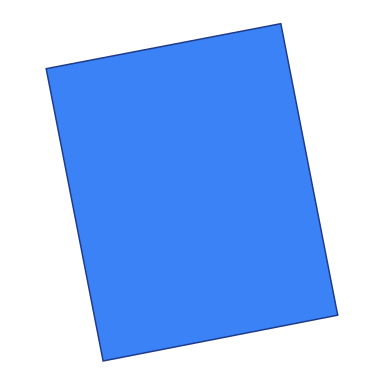 Arthur, Nebraska, United States of America (orthographic projection), rotated 79°
{"feature_id": "52423323B23601156295549", "entity_name": "Arthur", "entity_type": "district", "adm_level": 2, "iso_a3": "USA", "parent_name": "United States of America", "parent_adm1": "Nebraska", "projection": "orthographic", "projection_center": [-101.603, 41.569], "detail": "fine", "context": "isolated", "style": "filled", "palette": "blue", "viewbox_px": 384, "rotation_deg": 79, "n_neighbors": 0, "source": "geoboundaries", "source_scale": "gbopen_adm2", "svg_char_len": 236}
<svg xmlns="http://www.w3.org/2000/svg" viewBox="0 0 384 384"><g transform="rotate(79 192 192)"><path d="M340.7,72.4L330.8,72.5L43.7,72.7L43.1,311.6L340.9,311.5L340.7,72.4Z" fill="#3b82f6" stroke="#1e3a8a" stroke-width="1.5"/></g></svg>